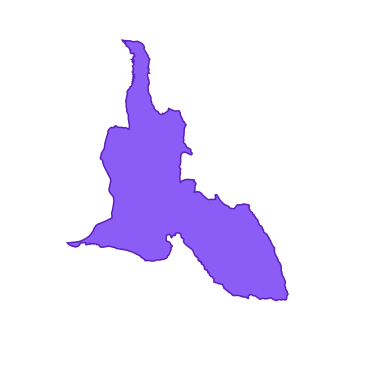 Kakonko, Kigoma, United Republic of Tanzania, rotated 119°
{"feature_id": "72390352B1364689767312", "entity_name": "Kakonko", "entity_type": "district", "adm_level": 2, "iso_a3": "TZA", "parent_name": "United Republic of Tanzania", "parent_adm1": "Kigoma", "projection": "natural_earth1", "projection_center": [30.86, -3.21], "detail": "fine", "context": "isolated", "style": "filled", "palette": "violet", "viewbox_px": 384, "rotation_deg": 119, "n_neighbors": 0, "source": "geoboundaries", "source_scale": "gbopen_adm2", "svg_char_len": 6060}
<svg xmlns="http://www.w3.org/2000/svg" viewBox="0 0 384 384"><g transform="rotate(119 192 192)"><path d="M284.6,245.5L283.5,243.2L279.9,238.8L279.3,237.5L278.4,233.5L277.8,233.0L278.1,231.0L277.8,230.2L274.4,220.6L274.4,219.9L273.4,215.2L273.0,206.2L273.6,205.5L274.1,199.8L274.7,199.8L274.1,198.3L273.3,197.7L271.7,193.3L269.9,190.8L268.6,190.3L267.5,187.8L264.1,183.6L262.3,182.3L261.3,182.0L259.8,182.3L258.1,181.7L252.2,182.4L251.3,183.7L249.4,183.0L248.6,183.3L248.1,185.1L246.8,187.1L246.7,188.2L247.2,189.9L246.6,191.3L242.9,193.3L242.2,193.3L241.5,192.4L240.5,192.1L240.2,191.5L240.1,190.5L240.9,189.2L241.9,188.2L241.9,187.7L239.0,187.6L238.7,186.1L238.0,185.7L237.1,185.7L236.6,186.0L236.5,186.5L234.6,185.1L234.2,182.7L234.3,181.2L236.5,179.8L236.9,178.9L236.7,178.9L237.3,176.4L239.1,175.6L239.8,175.0L240.7,173.1L241.4,170.1L242.2,164.2L243.3,162.1L245.8,159.0L246.2,157.2L246.5,157.3L246.6,155.6L246.9,155.2L246.8,154.7L247.3,153.9L248.6,153.7L248.5,152.7L249.1,152.2L248.5,151.0L248.9,149.6L249.0,149.3L249.5,149.8L250.5,148.1L250.1,146.5L251.8,144.8L251.6,144.6L252.8,144.3L253.1,143.9L253.6,142.7L252.9,141.6L253.0,140.8L253.4,140.8L253.9,139.8L254.7,139.2L254.8,138.7L254.4,138.3L255.5,136.9L256.2,136.5L256.3,135.3L256.8,134.6L256.3,132.8L256.8,132.6L257.4,130.8L259.2,129.6L260.0,129.5L259.8,126.9L259.2,125.7L259.4,124.2L258.8,123.1L258.1,120.6L258.4,119.8L259.0,119.5L259.4,118.3L260.6,117.6L260.8,115.7L261.3,114.6L261.0,112.9L261.6,112.6L261.8,108.4L262.6,106.8L262.5,105.4L260.2,101.9L259.4,98.6L258.9,98.1L259.4,97.1L258.0,94.4L257.9,91.2L257.2,91.2L256.2,92.2L255.5,92.3L253.8,91.4L252.8,90.3L253.1,88.3L252.1,86.1L252.5,84.6L252.4,83.0L252.9,81.2L252.8,80.3L251.2,79.2L250.5,78.2L250.3,76.8L249.6,76.0L249.4,75.0L246.7,72.4L246.4,71.2L246.5,67.5L245.9,65.4L243.9,64.0L243.0,61.3L242.3,61.0L241.4,59.3L241.5,58.5L240.4,57.4L239.7,57.4L236.8,58.7L234.9,58.5L234.4,58.9L234.5,59.3L233.2,60.1L231.6,62.9L229.5,64.5L228.9,65.4L227.9,66.2L227.1,66.0L225.7,66.4L222.7,69.9L220.1,74.0L219.4,73.8L218.1,75.0L217.8,75.8L216.5,76.3L214.7,77.7L213.7,78.0L213.0,78.8L211.7,80.4L210.7,82.8L209.2,84.3L205.4,90.0L203.0,91.7L200.7,92.8L200.6,93.9L199.6,96.0L198.7,96.9L197.7,98.6L196.3,99.9L196.1,101.3L194.9,102.3L193.5,105.0L192.8,105.7L192.4,109.6L190.4,111.4L190.1,112.9L189.3,112.9L188.3,114.6L188.2,117.0L185.8,120.0L184.9,120.5L184.6,121.0L183.8,123.8L183.1,124.3L183.1,125.2L181.7,126.9L181.9,128.2L180.8,129.2L180.4,131.8L178.1,134.7L177.4,134.7L175.9,135.4L175.8,136.5L177.6,141.4L179.4,142.7L181.2,146.2L185.9,146.9L186.8,148.3L187.8,151.3L186.9,152.6L187.1,157.6L186.7,160.1L185.6,163.4L182.7,168.3L182.4,169.3L183.2,170.2L183.5,170.3L185.1,168.9L187.0,167.9L187.6,169.2L188.3,169.7L188.6,170.8L190.7,173.9L190.9,174.3L189.7,180.6L188.7,182.8L188.4,185.4L189.1,187.3L191.0,190.1L189.4,190.1L185.1,192.4L183.5,192.3L182.5,192.8L182.1,193.6L181.8,195.4L180.4,195.7L181.3,198.3L182.8,200.9L183.0,202.0L183.9,202.9L184.7,204.2L187.0,206.0L188.4,206.5L189.1,206.3L189.3,206.9L184.1,210.4L181.3,211.0L179.8,212.4L177.4,213.0L176.2,215.4L174.0,215.5L171.4,216.4L166.6,219.0L163.7,219.8L161.9,219.2L160.8,217.8L160.3,216.2L160.0,211.1L159.6,210.5L159.0,210.3L158.0,210.8L157.0,212.9L155.8,213.3L155.4,214.1L155.2,218.8L153.4,220.9L153.1,222.9L152.4,223.7L150.4,224.4L148.3,226.1L147.1,226.2L140.8,229.2L138.8,229.7L136.2,229.7L134.8,232.7L134.4,232.9L134.4,233.9L129.5,240.4L129.1,240.3L128.2,240.9L127.3,242.8L129.7,246.5L129.7,248.5L130.4,250.8L130.0,251.8L130.2,252.9L132.8,252.3L136.6,254.2L137.2,254.8L137.4,255.5L137.7,255.2L138.3,255.5L139.5,257.5L139.4,258.7L138.1,260.8L138.4,262.7L137.4,265.5L136.2,266.2L134.5,269.5L131.0,272.9L129.8,273.3L128.4,274.6L127.0,277.2L124.8,279.2L121.4,281.4L119.6,282.0L118.8,281.7L118.4,282.3L117.9,282.1L115.1,283.9L113.8,285.5L111.1,287.9L109.0,288.1L108.7,287.1L107.9,288.6L106.3,288.6L105.6,289.0L105.1,290.6L104.3,290.2L103.1,291.2L99.6,292.3L97.8,293.5L96.8,293.1L96.3,293.3L96.2,294.1L94.8,296.2L93.8,296.8L93.3,298.4L92.6,299.0L91.9,300.7L90.3,303.1L89.4,303.7L88.7,303.7L87.5,304.9L86.5,307.2L86.3,310.0L86.7,312.9L89.2,316.3L89.7,319.1L92.3,324.5L93.0,326.6L93.9,325.2L93.9,323.7L93.5,323.1L94.4,323.3L94.8,322.0L94.6,321.2L96.1,320.5L96.1,319.1L96.6,316.5L97.9,315.4L97.8,314.1L99.3,314.0L99.9,313.6L100.4,312.2L100.1,311.5L99.2,310.9L98.9,309.8L100.1,309.3L100.4,308.3L101.2,308.0L101.2,308.6L102.4,308.9L103.2,308.4L104.1,308.7L104.5,308.1L105.3,308.8L105.0,307.6L105.1,306.6L105.9,306.7L106.0,307.5L106.7,307.6L106.8,307.2L106.2,306.0L106.9,306.0L107.4,306.7L108.5,304.5L110.9,305.1L112.6,302.8L113.2,303.0L113.9,302.3L114.6,302.2L115.7,302.6L116.1,302.4L116.0,301.7L116.8,300.8L117.3,301.0L118.0,300.8L118.1,299.4L117.6,299.0L119.5,298.5L119.3,299.3L119.9,299.5L120.6,298.3L120.3,297.8L121.1,298.0L121.2,298.6L121.9,298.2L122.4,298.5L122.8,297.8L123.3,297.8L123.3,297.0L124.5,297.7L124.7,296.9L125.8,296.8L126.1,297.2L127.3,296.2L128.6,296.5L129.0,296.3L130.0,297.1L131.5,296.9L135.3,297.6L138.0,295.9L144.5,294.1L147.1,292.0L149.8,290.6L151.2,289.1L153.2,288.1L155.3,285.1L158.9,283.2L164.1,279.0L167.4,277.5L167.9,278.3L167.7,280.4L168.5,282.3L169.1,282.8L169.3,284.2L171.3,288.2L171.0,290.8L171.9,291.5L172.2,291.2L173.4,291.2L173.5,292.0L174.5,293.3L174.6,294.0L175.7,294.5L178.0,295.1L179.8,294.9L180.9,294.2L190.5,292.1L196.6,289.8L202.4,290.0L204.1,289.1L206.4,288.8L207.4,288.2L207.4,286.6L207.9,285.5L210.6,283.2L212.3,281.1L220.2,269.4L221.7,268.4L230.3,265.8L231.4,264.8L232.9,262.2L234.1,258.7L237.5,256.0L245.1,253.1L249.5,252.0L252.3,250.0L253.5,249.5L260.1,254.0L266.1,258.9L267.7,259.7L271.8,260.0L273.3,259.6L278.1,259.9L281.5,260.9L285.1,262.9L289.3,265.9L291.9,269.0L296.9,276.3L297.7,274.1L297.6,272.7L297.3,270.2L296.8,269.3L296.9,268.5L296.3,266.9L294.1,265.0L291.1,264.8L290.3,264.3L288.6,261.9L288.1,259.8L289.4,259.4L289.6,259.0L288.1,257.6L287.8,257.0L286.6,256.6L286.5,256.2L287.0,255.7L286.1,255.2L285.6,254.1L285.2,253.9L285.3,252.8L283.8,251.1L284.2,249.7L283.5,249.1L283.8,246.8L284.6,245.5Z" fill="#8b5cf6" stroke="#5b21b6" stroke-width="1.5"/></g></svg>